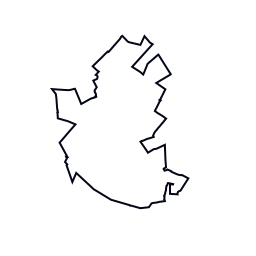 outline of San Miguel de Horcasitas, Sonora, Mexico, rotated 134°
{"feature_id": "50627088B58381771022173", "entity_name": "San Miguel de Horcasitas", "entity_type": "district", "adm_level": 2, "iso_a3": "MEX", "parent_name": "Mexico", "parent_adm1": "Sonora", "projection": "equal_earth", "projection_center": [-110.823, 29.475], "detail": "fine", "context": "isolated", "style": "outline", "palette": "ink", "viewbox_px": 256, "rotation_deg": 134, "n_neighbors": 0, "source": "geoboundaries", "source_scale": "gbopen_adm2", "svg_char_len": 3194}
<svg xmlns="http://www.w3.org/2000/svg" viewBox="0 0 256 256"><g transform="rotate(134 128 128)"><path d="M155.0,50.7L154.9,50.9L154.8,51.2L154.4,51.4L154.3,52.0L154.1,52.5L153.9,52.6L153.1,53.1L152.6,53.5L152.5,53.8L152.4,53.9L152.1,54.0L151.9,54.6L151.7,54.8L151.6,55.0L151.4,55.1L151.1,55.0L150.8,55.0L150.7,55.0L150.3,55.3L149.3,55.7L148.6,56.4L148.4,56.5L147.5,56.9L146.4,57.4L145.6,58.2L143.0,60.1L142.4,60.0L139.9,61.0L139.2,60.0L137.0,56.6L137.3,56.4L137.5,56.4L139.1,58.9L146.2,52.0L141.3,46.3L140.9,46.9L139.4,47.6L137.9,47.4L136.7,46.7L122.3,49.6L124.3,56.5L124.9,56.8L126.3,58.8L126.9,59.9L127.2,60.6L129.3,66.2L129.0,66.8L130.5,70.9L131.6,71.0L132.2,71.5L133.3,72.1L132.6,74.0L132.4,74.0L129.8,73.4L125.4,78.4L114.5,89.8L123.4,93.2L125.1,94.7L131.9,96.5L131.1,100.0L129.2,109.5L127.9,109.2L127.0,108.5L125.6,107.9L124.0,107.3L122.1,106.4L121.2,105.9L119.6,104.9L118.6,104.4L116.6,103.3L116.0,104.7L114.9,105.0L114.3,105.3L112.7,105.8L112.4,105.9L109.4,106.1L107.0,106.3L103.0,106.5L102.4,106.6L98.8,106.8L98.0,106.9L96.8,107.0L94.8,107.1L94.9,107.9L95.2,110.4L95.5,112.1L95.8,113.4L96.7,117.4L97.1,120.5L91.2,122.3L89.3,122.9L87.0,123.6L86.1,123.8L86.1,124.0L85.9,123.9L85.8,123.7L85.3,123.7L85.4,124.7L85.1,124.6L74.2,128.0L76.0,138.9L74.8,138.6L69.9,137.3L69.2,137.1L67.4,136.6L60.4,134.7L59.6,134.6L59.4,135.6L59.3,135.9L56.7,146.6L55.0,153.4L54.1,157.1L54.9,157.3L60.9,157.8L68.2,158.5L72.6,156.7L74.1,156.1L75.1,155.7L76.3,155.2L76.8,155.0L79.0,154.2L79.2,158.1L81.1,167.5L50.6,168.5L51.3,171.4L50.7,178.0L50.5,179.9L59.6,176.8L63.2,182.8L65.8,187.3L66.0,188.4L65.7,196.1L67.2,196.3L68.2,196.0L69.9,195.6L71.0,195.6L73.1,195.5L77.0,195.3L77.8,195.3L84.5,194.9L84.8,194.9L85.1,194.9L86.8,194.8L87.0,195.7L89.6,195.8L91.3,195.9L92.9,195.9L96.1,195.9L100.9,196.1L105.1,196.2L108.1,196.3L108.1,190.5L107.7,188.2L110.4,188.1L112.2,188.1L111.9,187.1L111.8,186.5L112.0,185.7L113.0,185.0L113.9,184.4L114.1,184.4L114.4,184.4L114.9,184.6L115.5,184.9L116.6,185.3L118.0,185.9L118.8,183.7L120.4,178.8L124.2,178.1L124.5,177.8L125.1,177.0L125.0,176.9L125.1,176.7L125.4,176.5L125.5,176.4L125.5,176.2L125.4,176.0L125.6,175.4L125.6,175.2L126.2,174.3L126.5,174.0L126.6,173.9L127.0,173.6L127.1,173.4L127.1,173.2L127.3,172.9L128.0,173.3L128.2,172.7L129.6,173.4L130.0,173.8L130.5,173.9L130.8,174.0L131.3,174.3L131.6,174.6L132.3,174.9L132.6,175.0L132.9,175.2L133.0,175.2L133.5,175.4L143.2,178.3L136.6,193.4L137.3,193.9L139.6,195.3L140.7,196.0L142.1,197.1L142.9,198.0L144.4,199.7L145.5,201.0L146.7,202.4L152.8,209.7L153.7,203.5L156.4,200.1L160.1,196.0L163.9,191.7L163.9,191.4L163.9,191.2L164.0,191.0L164.2,190.9L164.4,190.7L164.5,190.6L164.7,190.3L164.8,190.2L165.0,190.0L165.1,189.9L165.2,189.7L165.3,189.6L165.4,189.4L165.6,189.5L165.6,189.4L165.8,189.3L166.0,189.3L169.8,185.2L166.4,178.8L166.0,178.1L165.1,176.4L164.6,175.3L161.9,168.3L172.1,167.8L175.4,167.6L180.2,167.3L186.1,167.0L187.1,163.6L190.9,151.5L191.7,152.5L192.4,150.8L196.2,149.7L196.4,146.4L197.5,146.3L205.5,130.5L196.3,134.0L195.9,112.9L195.9,110.3L191.4,90.4L182.2,72.9L182.4,72.6L181.5,71.6L177.1,63.4L170.4,57.9L165.9,58.7L164.5,57.9L161.7,55.6L159.3,54.1L155.0,50.7Z" fill="none" stroke="#020617" stroke-width="2"/></g></svg>